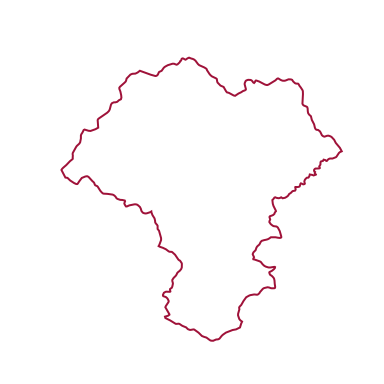 outline of Tay Tra, Quảng Ngãi, Vietnam, rotated 197°
{"feature_id": "81297802B47494931699472", "entity_name": "Tay Tra", "entity_type": "district", "adm_level": 2, "iso_a3": "VNM", "parent_name": "Vietnam", "parent_adm1": "Quảng Ngãi", "projection": "orthographic", "projection_center": [108.349, 15.187], "detail": "fine", "context": "isolated", "style": "outline", "palette": "rose", "viewbox_px": 384, "rotation_deg": 197, "n_neighbors": 0, "source": "geoboundaries", "source_scale": "gbopen_adm2", "svg_char_len": 5978}
<svg xmlns="http://www.w3.org/2000/svg" viewBox="0 0 384 384"><g transform="rotate(197 192 192)"><path d="M62.2,273.4L60.7,274.7L63.5,277.5L68.9,281.0L71.3,283.5L74.6,285.4L75.8,285.7L77.8,285.8L79.2,285.3L81.4,283.7L82.1,283.6L83.3,283.8L84.4,284.3L86.7,286.8L87.6,287.5L89.6,288.2L91.2,287.9L92.1,288.2L93.2,289.3L95.0,292.4L98.5,296.0L100.4,299.2L102.7,300.3L104.0,301.4L104.8,302.9L105.9,305.8L106.6,306.8L107.2,307.1L110.4,307.4L111.3,307.8L112.2,308.7L114.5,318.0L115.5,320.9L116.2,321.8L118.6,323.8L120.3,325.0L121.5,326.2L122.3,326.6L124.3,326.1L125.4,326.2L127.6,327.3L129.0,328.5L130.2,328.6L132.6,328.0L135.2,325.9L136.4,325.3L138.1,324.9L140.0,325.1L142.6,325.8L143.1,325.7L143.8,325.1L144.9,323.1L150.2,317.1L151.3,316.3L152.3,316.1L153.8,316.1L160.1,317.3L162.9,317.4L163.5,317.3L163.9,316.6L164.0,315.4L164.5,314.4L165.6,314.7L166.5,315.5L167.6,316.1L168.6,316.3L171.1,315.7L172.1,315.0L172.8,314.4L173.2,313.6L173.4,311.4L173.1,310.3L170.5,306.1L170.5,305.5L171.2,304.6L172.7,303.5L174.3,301.6L176.3,299.8L178.9,296.6L180.4,296.5L185.7,297.6L187.7,297.5L188.9,298.3L192.5,301.7L195.9,302.1L199.5,304.1L200.1,304.8L201.3,307.3L202.2,307.7L206.8,308.4L208.4,309.1L209.7,309.9L213.3,312.9L213.8,313.7L214.7,314.2L216.6,314.7L222.2,315.4L223.7,316.1L227.1,318.6L228.8,319.3L230.4,319.5L231.4,319.4L234.1,319.6L235.4,318.5L236.5,317.0L237.0,316.6L239.4,317.1L240.1,317.0L240.8,316.4L240.9,314.6L241.1,314.1L241.5,313.8L241.7,312.4L243.2,309.8L244.1,309.2L246.8,309.4L248.1,309.0L252.2,306.2L253.4,305.0L254.6,303.7L255.3,302.6L256.5,299.0L258.5,297.2L258.7,296.6L259.0,294.2L259.6,293.1L260.3,292.5L261.0,292.2L265.6,292.1L277.3,292.7L278.9,290.4L280.7,288.7L283.6,287.6L285.2,286.3L287.7,281.4L287.6,279.4L287.7,278.3L288.4,276.9L291.7,271.5L292.0,270.3L291.5,269.2L289.9,267.2L288.0,263.8L287.1,261.6L287.1,259.9L288.7,258.4L289.8,256.5L290.3,256.1L291.4,255.4L293.1,254.8L294.6,253.4L295.0,251.8L294.8,246.8L295.2,245.0L296.3,243.0L302.5,235.2L303.2,234.0L303.2,233.1L300.5,226.1L302.7,223.8L306.9,220.7L308.9,220.3L313.0,220.3L313.7,219.6L314.2,216.6L314.7,215.0L314.8,213.7L313.9,210.7L313.5,206.8L313.9,205.3L315.6,202.4L316.0,201.2L317.4,194.6L317.3,193.5L316.5,191.7L316.3,190.4L315.9,189.6L315.8,188.6L317.7,185.8L320.1,181.0L322.3,177.5L323.0,176.1L323.3,174.9L317.3,168.8L315.2,169.1L311.9,167.4L307.4,166.1L305.3,165.8L304.5,165.9L304.0,166.1L303.7,166.6L303.0,169.1L301.5,173.2L298.6,175.6L297.0,176.4L296.3,176.4L295.2,176.1L290.3,173.2L289.1,172.7L288.2,172.1L287.0,170.5L286.3,170.1L284.5,169.9L283.8,169.6L280.1,166.4L278.2,165.2L276.8,164.6L275.9,164.6L272.3,165.5L267.2,166.3L266.2,166.2L265.2,165.9L263.8,165.2L262.4,164.0L261.3,163.6L258.4,163.5L256.3,164.0L253.8,164.2L253.3,163.6L253.4,161.7L253.3,161.1L252.5,160.2L251.0,158.9L250.1,159.1L248.0,160.9L243.4,163.4L242.1,163.8L240.4,163.8L237.5,162.5L236.1,161.1L234.8,159.1L233.1,157.9L232.0,157.7L230.4,157.8L229.0,158.4L226.3,160.3L225.2,161.5L224.8,160.6L223.0,158.3L220.1,155.8L219.0,153.9L218.3,152.2L217.5,151.4L215.7,150.3L215.0,149.6L214.1,146.6L212.2,145.3L208.1,138.9L207.5,137.0L207.8,131.9L208.1,130.5L206.7,130.2L203.5,130.1L200.2,129.6L196.9,128.4L196.1,128.3L193.9,128.8L193.3,128.7L189.9,127.1L185.3,123.4L184.4,123.0L183.3,122.8L181.2,121.1L180.7,120.4L179.7,116.9L179.8,115.2L180.6,113.2L181.9,111.3L182.5,110.0L182.6,108.6L183.1,107.0L184.4,104.6L185.1,102.3L184.9,101.3L183.6,99.2L183.4,98.3L183.2,95.9L183.3,94.6L184.6,92.8L184.5,92.2L183.6,90.5L183.9,90.1L187.3,89.2L188.1,88.8L189.4,87.4L189.7,85.1L189.4,84.3L188.9,84.0L186.3,83.9L184.7,83.2L183.7,82.4L182.4,80.9L182.3,79.9L183.7,75.2L183.8,74.0L177.9,68.5L177.7,68.1L178.7,66.7L181.4,64.9L180.6,63.7L175.3,62.8L169.2,61.2L168.7,61.2L166.1,62.2L165.1,62.1L162.2,61.2L158.0,60.8L156.0,59.7L155.4,59.6L153.9,59.5L153.0,59.7L150.5,61.0L149.6,61.1L144.6,59.4L140.4,57.2L138.1,57.0L135.6,57.0L131.7,55.6L130.8,55.4L129.9,55.5L128.3,55.9L125.8,58.0L124.0,58.7L122.9,59.7L121.5,63.2L120.6,64.7L118.4,67.5L112.8,71.9L109.7,73.5L106.5,76.5L106.5,80.5L106.2,82.7L108.2,83.4L109.7,84.4L111.9,87.5L112.3,89.0L112.4,93.7L113.1,95.1L113.0,96.2L111.9,98.3L110.9,102.8L109.4,107.2L107.1,109.6L106.1,110.4L102.6,112.2L99.7,112.8L98.8,113.5L98.0,114.9L97.7,116.2L96.0,120.0L95.5,120.7L94.8,121.3L91.9,123.0L90.4,123.2L88.3,123.1L87.3,123.3L85.2,124.0L84.7,124.4L84.6,124.8L84.8,125.8L86.0,128.3L87.2,131.4L88.1,133.0L89.0,133.9L90.9,135.0L93.3,135.8L94.5,137.4L94.5,138.1L92.6,139.9L91.1,142.1L90.5,143.6L90.6,144.5L90.9,144.6L91.8,144.3L95.3,142.6L96.9,142.2L99.5,142.2L101.2,142.5L103.3,143.5L105.7,145.2L107.1,145.5L112.2,145.7L113.7,145.6L113.9,146.0L113.6,147.8L115.7,150.1L115.8,151.1L115.5,152.5L114.2,154.9L114.1,157.7L113.8,158.8L113.4,159.6L112.2,161.5L111.7,164.4L111.0,165.7L108.9,167.1L107.4,167.9L105.8,168.9L104.7,170.0L103.3,171.8L99.1,173.1L96.4,173.4L94.4,173.8L93.4,174.6L93.4,175.0L93.9,176.0L96.7,180.3L99.5,183.1L100.4,183.5L101.1,183.7L104.1,183.2L105.3,183.5L107.3,184.3L109.2,185.8L109.4,186.7L109.2,188.6L110.5,190.5L110.6,191.0L110.4,191.6L108.5,193.0L107.6,193.8L106.8,195.2L106.8,196.6L106.1,198.2L106.5,198.8L110.1,202.6L111.3,204.4L112.8,207.8L112.3,208.6L111.5,210.8L111.1,211.1L110.7,211.3L109.7,211.1L107.6,211.3L106.3,211.9L105.2,213.0L103.5,212.5L101.3,213.7L100.0,215.1L99.0,216.6L98.5,218.5L97.3,219.9L96.1,222.2L93.8,223.5L93.6,224.6L93.9,225.4L94.6,226.5L94.6,227.0L92.2,227.7L90.8,228.6L90.6,229.5L90.7,231.4L90.4,232.1L89.6,232.1L87.9,231.8L86.7,232.5L86.6,233.2L87.2,234.0L87.7,235.1L87.6,236.7L87.1,238.0L86.4,239.1L86.1,239.4L85.0,239.7L84.8,239.9L84.4,241.5L84.5,243.2L82.1,243.5L80.5,243.4L78.6,244.8L78.6,245.0L79.5,245.3L80.1,245.8L80.3,246.3L80.1,247.1L81.4,247.8L81.7,248.7L81.4,249.8L80.8,250.5L78.2,251.4L77.2,251.8L76.8,252.2L76.9,252.6L77.8,253.7L77.2,255.7L77.8,258.0L77.7,258.8L75.8,260.1L75.6,261.4L73.8,261.5L72.7,261.0L72.2,261.1L71.3,263.0L70.6,263.8L69.9,264.3L67.4,265.1L64.5,267.4L64.1,268.2L62.9,272.3L62.2,273.4Z" fill="none" stroke="#9f1239" stroke-width="2"/></g></svg>